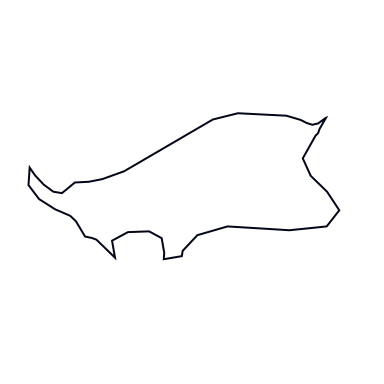 an SVG outline of Gorizia, rotated 70°
{"feature_id": "ITA-5457", "entity_name": "Gorizia", "entity_type": "Province", "adm_level": 1, "iso_a3": "ITA", "parent_name": "Italy", "parent_adm1": "", "projection": "albers", "projection_center": [13.498, 45.841], "detail": "fine", "context": "isolated", "style": "outline", "palette": "ink", "viewbox_px": 384, "rotation_deg": 70, "n_neighbors": 0, "source": "natural_earth", "source_scale": "10m", "svg_char_len": 792}
<svg xmlns="http://www.w3.org/2000/svg" viewBox="0 0 384 384"><g transform="rotate(70 192 192)"><path d="M168.1,40.7L176.3,50.5L179.3,52.9L179.9,53.6L180.4,54.5L180.8,55.4L181.1,56.4L198.3,76.4L217.4,74.9L237.9,65.0L256.3,60.6L259.6,59.9L270.4,77.2L265.7,96.0L261.2,113.7L255.5,126.7L236.5,170.4L234.4,201.7L239.6,212.0L244.1,220.9L248.8,223.5L245.5,241.5L239.7,238.9L225.0,236.3L214.3,245.8L207.8,265.9L210.4,283.8L227.4,286.8L204.1,298.1L200.9,301.9L197.3,307.7L179.7,311.1L172.7,314.6L161.5,326.5L146.4,338.1L129.6,343.3L113.6,336.2L122.7,333.8L134.4,328.8L144.3,322.2L148.6,314.6L143.0,298.8L147.1,285.5L149.2,272.0L149.3,248.8L131.0,147.6L133.7,121.9L152.6,77.2L161.3,65.4L166.4,60.6L170.0,55.9L170.7,50.0L168.1,40.8L168.1,40.7Z" fill="none" stroke="#020617" stroke-width="2"/></g></svg>